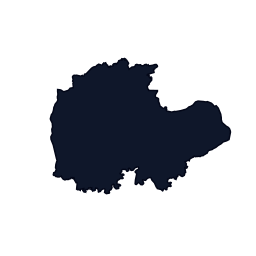 the district of Can Loc, Ha Tinh, Vietnam, rotated 60°
{"feature_id": "81297802B44635779635670", "entity_name": "Can Loc", "entity_type": "district", "adm_level": 2, "iso_a3": "VNM", "parent_name": "Vietnam", "parent_adm1": "Ha Tinh", "projection": "robinson", "projection_center": [105.744, 18.444], "detail": "fine", "context": "isolated", "style": "filled", "palette": "ink", "viewbox_px": 256, "rotation_deg": 60, "n_neighbors": 0, "source": "geoboundaries", "source_scale": "gbopen_adm2", "svg_char_len": 5856}
<svg xmlns="http://www.w3.org/2000/svg" viewBox="0 0 256 256"><g transform="rotate(60 128 128)"><path d="M188.5,46.3L182.9,41.4L181.8,40.9L179.4,40.5L177.7,40.8L175.4,42.1L170.3,43.8L167.5,43.1L165.7,42.1L162.4,40.8L155.9,39.9L152.8,40.5L152.5,42.5L150.2,42.8L148.2,43.4L144.9,46.0L144.6,47.0L143.9,48.2L142.9,49.3L139.7,53.9L139.2,56.5L140.6,60.3L140.6,63.1L140.2,64.6L140.7,67.1L140.7,68.4L139.4,73.6L137.6,78.5L136.9,79.4L136.1,82.2L133.1,85.5L132.4,86.0L131.6,85.9L131.2,85.4L130.7,85.6L130.8,85.1L130.3,85.2L129.5,84.4L128.8,84.6L128.4,85.4L128.7,85.8L128.9,87.2L128.3,88.1L127.0,88.4L125.1,89.3L120.9,88.3L120.4,88.5L119.7,88.1L119.2,87.6L117.8,87.0L116.7,87.5L115.5,88.7L114.0,88.4L112.9,87.6L111.0,84.2L110.3,83.8L105.8,91.3L104.8,91.0L103.9,91.4L101.3,90.3L100.5,87.6L99.8,87.5L98.4,83.6L96.8,82.6L96.7,83.3L96.5,83.5L96.3,82.8L95.4,82.6L95.5,83.7L94.7,83.7L94.4,84.1L93.4,84.2L93.2,83.5L92.7,83.4L92.5,83.7L92.8,84.2L91.7,84.9L91.4,83.8L92.9,77.7L90.0,76.6L90.2,75.4L89.7,74.8L89.7,72.6L89.4,71.7L88.5,71.4L87.1,71.8L86.5,73.0L86.0,75.3L84.6,78.9L83.3,78.9L83.2,80.3L82.0,80.4L81.5,81.9L81.7,83.4L81.2,84.8L80.7,85.2L79.5,85.5L78.7,87.3L77.3,88.6L77.1,89.9L78.3,91.6L77.2,94.2L77.7,97.7L73.6,97.1L72.2,95.1L68.3,95.3L68.1,96.2L67.3,96.9L66.8,96.7L66.9,96.1L66.8,95.8L66.0,96.3L65.8,97.7L64.9,98.7L65.1,99.1L65.7,98.8L66.1,99.0L65.3,100.9L65.4,101.7L65.1,102.3L65.4,102.8L65.9,103.0L66.1,103.9L66.5,104.4L66.5,105.2L66.9,105.9L66.1,106.2L65.3,108.1L65.6,109.4L66.6,109.7L66.5,111.1L65.5,112.2L65.5,113.3L66.2,112.8L66.3,113.1L66.0,114.2L65.5,114.6L65.1,114.2L64.6,114.5L63.3,114.3L62.7,114.8L61.3,114.8L61.0,115.1L60.3,114.8L60.0,116.2L59.6,116.6L60.1,117.0L59.9,117.7L60.6,119.0L60.1,119.9L59.6,120.1L58.1,121.5L58.2,123.8L58.5,124.1L58.6,125.3L57.9,127.5L58.0,129.6L60.2,137.2L59.7,138.7L60.9,140.2L60.5,141.2L59.6,141.3L59.5,143.0L56.6,146.1L56.0,147.5L55.4,148.2L55.3,148.8L55.6,150.1L56.2,150.6L58.6,151.3L59.7,152.5L61.2,152.4L61.9,153.4L64.5,154.5L65.7,155.3L64.6,158.2L65.6,160.7L64.6,165.1L63.8,166.1L62.1,166.8L61.0,167.7L59.5,169.7L61.4,170.8L63.1,171.5L64.6,172.4L65.3,173.3L66.9,174.2L68.1,174.4L68.9,175.0L69.8,176.2L71.0,179.3L72.2,180.5L73.0,181.8L75.3,183.6L77.4,185.8L78.2,187.7L81.0,190.5L82.0,190.9L85.8,191.1L89.6,192.9L90.3,193.9L91.2,194.7L93.1,195.6L95.0,196.1L97.1,199.2L99.3,200.3L105.3,201.2L118.7,205.2L121.0,205.7L121.2,206.3L123.4,208.6L126.0,210.5L126.5,210.7L127.5,210.5L128.5,211.4L129.8,213.2L129.6,214.7L131.2,216.1L131.9,216.0L132.5,215.1L134.0,214.7L134.5,213.9L135.2,213.4L136.0,212.0L136.4,209.8L137.7,210.0L139.9,209.7L141.4,208.6L141.6,207.6L141.4,207.2L142.3,206.3L142.4,205.7L142.9,205.1L142.6,204.5L143.0,203.9L142.9,203.4L143.1,203.1L143.0,202.3L142.5,202.0L143.1,201.2L143.2,200.8L143.6,200.8L143.7,200.4L144.0,200.8L144.2,200.1L144.4,200.3L144.6,200.0L144.9,200.3L145.1,200.0L145.6,200.3L149.3,200.3L149.3,199.8L149.7,199.6L151.0,200.0L155.3,203.1L156.3,202.5L156.5,201.3L157.1,201.3L157.4,200.8L158.1,200.5L157.4,199.8L157.7,198.6L158.3,198.0L157.9,197.6L158.3,196.5L159.6,197.6L159.3,198.2L159.5,198.4L161.6,198.0L161.6,197.4L162.2,196.9L161.8,196.8L161.8,196.3L161.3,196.5L160.5,196.0L160.6,195.6L160.3,195.0L160.8,194.6L161.1,193.8L160.7,192.7L161.1,192.1L160.3,191.9L160.7,190.9L160.8,190.4L161.2,190.2L161.5,189.5L162.0,190.3L162.1,189.7L162.8,189.9L163.1,190.5L163.7,190.1L164.9,190.1L164.8,189.6L165.4,188.9L165.1,188.2L165.4,187.5L164.8,187.3L164.6,186.6L164.0,186.1L164.5,185.8L164.4,185.3L165.2,184.6L167.2,184.9L168.4,185.6L168.8,185.5L168.9,185.1L168.4,184.4L169.1,183.6L168.4,182.4L168.2,180.6L168.5,179.5L169.0,178.8L169.8,178.6L172.1,180.5L174.0,179.6L175.0,176.9L174.8,176.4L173.8,176.2L173.0,175.5L172.8,175.0L172.9,173.6L172.0,172.1L171.4,171.5L169.7,171.1L169.3,169.4L169.4,168.8L170.0,168.4L171.3,169.3L172.1,169.5L174.2,169.0L174.8,168.7L175.6,166.5L175.4,166.0L173.8,165.5L173.8,165.0L174.2,163.7L174.0,163.2L173.6,163.1L172.4,163.8L171.2,165.3L170.7,165.4L170.2,165.2L168.4,163.8L168.1,163.2L168.2,161.9L167.9,159.8L169.0,158.2L169.1,157.5L168.2,157.2L167.2,157.5L166.5,157.5L166.3,156.8L166.7,155.2L166.2,154.9L165.4,155.3L164.4,157.4L163.6,157.7L163.2,157.3L162.7,155.3L161.3,154.6L161.1,154.0L161.2,153.2L162.7,150.8L163.3,150.6L164.7,150.7L165.2,150.2L165.1,148.6L163.5,148.0L163.3,147.3L163.8,146.7L165.8,146.7L166.6,146.0L167.0,144.4L166.0,142.1L166.4,139.0L166.7,138.6L167.2,138.6L168.4,139.0L169.0,139.5L168.8,141.9L169.4,143.6L169.9,143.8L171.5,143.3L172.2,143.5L176.7,147.5L179.7,149.6L180.5,149.7L181.1,148.9L180.5,146.7L180.7,146.0L181.3,145.6L183.3,145.3L184.0,144.5L184.3,143.9L184.1,142.7L183.6,142.0L180.7,141.5L180.2,141.2L180.3,140.8L181.7,139.6L182.1,138.9L181.5,137.3L181.3,136.1L181.5,134.7L182.1,133.3L182.9,133.0L185.1,133.3L188.7,132.5L193.3,133.0L193.8,132.7L195.1,132.9L197.9,130.0L199.7,129.5L199.7,129.1L198.6,127.8L198.5,127.1L198.8,126.7L200.3,126.1L200.7,125.4L200.4,124.8L199.1,124.2L198.7,122.4L198.7,121.8L199.9,120.4L199.8,119.7L197.9,119.6L197.3,118.3L196.9,117.9L196.4,118.3L196.1,118.8L196.6,119.9L196.5,120.3L194.4,120.8L193.5,120.0L192.3,119.4L192.4,118.7L192.2,116.8L193.2,115.3L193.5,113.2L194.1,112.9L195.2,113.2L195.9,112.5L196.5,112.2L195.4,110.8L194.6,110.6L194.8,109.2L194.1,108.9L193.8,108.1L193.9,107.1L194.4,107.0L194.9,106.2L195.6,106.3L197.0,105.4L197.2,104.8L197.1,102.9L196.5,102.2L195.4,101.9L195.4,100.4L195.1,100.2L190.9,98.7L191.9,97.7L192.0,96.9L191.1,95.8L189.8,96.7L188.2,95.4L185.9,95.5L185.9,93.0L186.3,91.8L187.0,91.3L186.1,90.5L185.7,89.6L185.7,87.0L185.9,85.9L185.4,85.7L185.5,84.9L185.6,84.5L186.0,84.4L186.8,83.6L186.8,82.9L187.3,82.3L188.1,80.5L188.7,80.0L188.9,79.3L188.6,78.6L189.5,76.7L189.3,76.1L189.3,74.1L189.1,73.7L189.4,72.3L187.9,69.9L187.9,68.9L188.7,65.9L188.5,64.2L188.7,61.7L188.2,58.6L188.2,55.3L187.6,52.5L188.4,49.0L188.5,46.3Z" fill="#0f172a" stroke="#020617" stroke-width="1.5"/></g></svg>